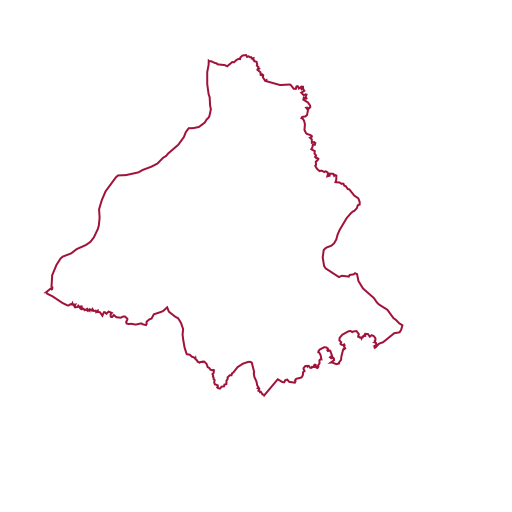 the district of Sumba Tengah, Nusa Tenggara Timur, Indonesia, rotated 309°
{"feature_id": "22746128B11743482298506", "entity_name": "Sumba Tengah", "entity_type": "district", "adm_level": 2, "iso_a3": "IDN", "parent_name": "Indonesia", "parent_adm1": "Nusa Tenggara Timur", "projection": "albers", "projection_center": [119.662, -9.594], "detail": "fine", "context": "isolated", "style": "outline", "palette": "rose", "viewbox_px": 512, "rotation_deg": 309, "n_neighbors": 0, "source": "geoboundaries", "source_scale": "gbopen_adm2", "svg_char_len": 6152}
<svg xmlns="http://www.w3.org/2000/svg" viewBox="0 0 512 512"><g transform="rotate(309 256 256)"><path d="M175.6,357.4L177.9,356.9L179.6,358.0L179.1,361.1L182.0,365.9L183.6,365.5L183.9,364.6L185.8,364.5L190.1,367.7L191.4,367.7L193.0,367.3L195.4,365.7L197.2,366.1L198.1,364.0L199.0,363.5L201.5,363.6L202.5,364.6L202.4,365.4L203.0,365.2L203.8,366.1L203.2,368.4L203.9,369.4L205.1,369.5L205.1,370.6L205.4,369.8L206.3,371.0L207.6,369.9L208.6,370.1L208.9,370.8L207.7,371.5L207.2,373.1L207.5,373.9L208.2,373.3L208.2,374.2L209.2,374.2L209.9,373.2L212.6,372.9L214.9,370.9L216.2,371.1L216.8,371.9L219.7,368.5L220.7,365.9L220.4,365.0L221.5,364.4L223.4,364.4L228.0,366.4L229.2,368.2L229.3,370.1L228.8,370.9L227.7,370.7L227.4,371.7L229.0,372.9L229.0,373.5L226.3,377.9L223.9,377.3L223.9,378.9L224.6,379.5L225.2,379.3L225.6,379.9L225.3,381.1L224.2,382.2L220.3,381.2L221.1,382.0L222.6,386.7L224.7,388.1L225.0,387.6L229.0,387.4L231.6,385.6L237.9,382.7L239.0,383.2L239.3,382.6L240.4,383.3L241.2,381.2L242.3,381.1L242.8,380.2L241.7,379.7L240.8,378.3L240.9,376.9L242.6,376.5L242.9,373.9L245.0,372.5L249.1,372.6L255.6,375.2L257.2,376.6L257.4,378.7L258.3,378.9L260.9,381.4L260.0,385.1L257.3,386.1L256.9,385.8L258.1,387.0L258.0,388.2L258.8,388.7L258.3,389.8L259.2,389.5L259.9,390.2L261.0,389.7L262.1,390.7L262.3,390.0L263.4,390.0L263.4,390.6L264.3,389.9L265.8,392.2L264.9,395.2L267.2,395.7L267.9,397.8L267.3,400.4L266.1,401.6L264.9,401.6L264.0,403.2L263.6,402.9L263.9,404.0L263.4,404.8L262.5,405.5L261.8,405.2L261.8,405.8L260.6,405.0L260.7,406.0L258.5,405.9L260.7,406.5L265.3,406.8L268.9,409.0L283.0,412.0L287.0,415.6L290.1,415.2L294.3,413.4L293.8,409.7L294.4,405.0L294.2,402.0L296.9,391.9L295.7,382.1L296.0,379.1L297.5,374.2L298.1,359.6L301.0,351.4L305.5,345.9L304.9,343.8L303.1,343.4L300.2,340.7L298.4,341.1L294.7,335.2L291.8,333.7L290.2,318.1L291.1,315.2L296.9,308.7L303.4,304.8L306.6,305.3L311.5,308.1L315.0,308.7L319.4,308.0L324.1,305.9L328.9,304.6L342.5,302.6L348.5,302.8L351.4,303.2L352.8,304.0L356.5,304.3L359.5,303.2L361.2,304.2L363.3,302.5L365.2,299.2L364.8,294.3L366.5,286.6L365.8,285.3L366.7,281.9L366.2,280.3L367.1,278.7L367.0,277.9L365.9,277.1L365.7,274.7L363.4,271.3L365.9,270.3L369.1,267.8L368.7,266.5L367.5,266.3L368.5,264.4L366.4,261.4L365.8,260.9L365.0,261.4L365.3,262.3L364.8,262.7L362.8,261.3L365.3,260.2L366.0,259.0L365.7,256.9L364.3,256.3L363.6,253.2L362.0,252.0L362.1,248.8L363.1,245.8L363.5,245.2L364.6,245.3L367.0,243.1L369.0,243.6L370.7,243.4L370.7,242.0L370.0,241.3L370.5,240.8L370.2,239.6L372.0,239.3L372.4,237.0L374.5,235.7L373.8,231.8L376.1,231.4L378.1,230.2L378.7,230.3L379.4,231.7L381.1,231.0L381.1,229.4L379.2,228.1L381.8,225.9L381.9,223.5L383.8,224.3L384.3,224.0L384.3,222.5L382.9,218.6L383.1,217.2L384.5,214.3L389.2,211.1L391.3,208.3L392.1,206.1L391.7,204.6L393.2,204.4L395.6,206.6L397.8,206.9L402.2,204.5L402.8,201.8L403.6,202.5L403.8,204.3L405.9,204.5L407.0,203.2L408.0,199.8L407.3,194.4L409.1,193.5L409.7,195.9L410.2,196.1L410.9,194.4L413.2,193.7L412.8,192.8L411.0,191.8L411.4,188.4L414.8,189.6L415.3,187.8L416.4,186.7L414.4,186.4L414.8,185.7L416.7,185.3L416.4,184.8L413.2,183.9L414.2,181.9L413.8,181.0L413.0,180.8L411.0,181.8L409.7,180.0L410.7,175.8L410.6,174.4L404.0,167.1L398.4,154.1L399.2,153.4L397.9,152.9L399.2,148.9L401.1,147.8L401.0,146.4L399.9,146.4L399.6,145.7L401.6,143.8L401.6,140.1L403.3,140.5L403.0,139.5L404.4,139.1L404.5,136.8L405.6,136.4L407.3,134.2L406.3,132.1L407.0,131.4L406.8,130.3L408.2,129.5L406.8,128.4L407.5,127.2L406.7,126.3L406.5,124.5L405.1,123.8L405.9,121.8L403.2,119.3L400.4,118.9L399.0,119.7L398.2,118.4L396.2,117.5L392.7,117.0L391.8,115.5L385.3,114.2L384.7,111.6L380.7,105.4L381.0,104.3L380.1,102.5L379.1,98.4L378.0,97.5L378.0,96.4L374.7,98.9L368.3,102.3L358.8,110.0L351.8,117.5L350.2,120.1L344.0,125.7L341.6,128.6L335.5,131.7L333.4,132.1L331.2,131.7L327.3,132.2L320.3,130.4L315.8,126.7L313.0,123.3L308.1,123.5L303.0,125.1L293.6,125.6L280.2,123.2L277.3,123.2L273.9,122.0L265.7,121.2L259.4,118.4L251.6,113.8L247.0,112.0L237.0,104.0L231.8,98.1L229.0,97.6L211.6,98.4L202.4,101.0L193.6,104.6L187.3,110.4L180.7,114.7L177.4,116.1L168.4,118.3L162.7,118.4L157.5,116.9L148.5,112.3L141.7,110.7L133.9,106.2L131.0,105.7L123.7,106.5L112.8,109.7L103.6,116.3L103.5,117.5L102.0,118.4L101.5,118.3L101.4,116.9L95.6,115.7L95.9,116.1L95.3,117.4L96.6,123.2L97.7,135.1L98.9,140.4L99.6,141.5L102.0,142.3L102.3,143.3L103.6,143.1L103.0,143.8L103.7,144.9L103.0,145.0L103.0,145.7L104.2,146.3L102.5,146.8L102.2,147.6L104.1,149.4L105.5,149.2L104.9,151.8L106.1,151.2L107.1,152.2L106.7,152.7L106.3,152.1L104.9,153.1L105.0,154.2L106.1,154.5L106.5,155.2L106.0,156.9L108.4,158.0L107.5,158.7L107.5,159.6L108.4,159.3L108.6,160.8L109.3,160.0L109.9,160.1L110.3,162.8L111.8,162.3L111.2,164.4L112.6,165.9L111.8,167.1L113.9,167.5L113.0,168.4L114.1,170.1L112.9,174.2L116.6,173.2L117.2,173.8L117.0,176.1L120.1,176.5L121.0,179.8L119.1,179.8L117.7,180.9L117.4,181.8L118.3,182.7L120.6,182.6L120.6,186.2L123.0,189.8L125.3,190.8L126.5,192.2L126.3,195.5L125.5,196.1L123.0,196.6L122.1,197.9L123.0,199.9L124.8,201.7L127.0,205.7L131.5,209.3L131.5,210.6L133.1,214.0L134.3,213.8L136.1,212.3L140.0,213.1L141.6,214.2L146.4,213.3L153.4,217.8L155.5,218.6L160.2,219.3L157.9,223.3L158.0,231.6L158.6,234.7L156.8,239.8L153.3,245.4L148.8,248.3L145.4,251.8L139.9,258.1L136.3,263.6L136.2,264.2L137.6,266.6L137.4,269.7L138.1,271.3L138.0,273.5L138.4,273.4L137.7,274.2L137.8,276.1L137.1,276.9L137.6,279.3L138.6,279.4L140.0,281.3L140.4,281.0L141.4,282.3L141.0,285.6L139.2,288.4L139.6,290.2L139.0,291.9L139.5,293.7L140.5,294.3L140.8,295.2L138.3,296.7L136.8,296.5L136.1,298.0L135.1,298.5L134.9,299.5L133.7,300.5L133.5,302.0L131.5,303.0L130.4,304.7L131.4,307.6L130.7,308.4L129.5,308.5L129.4,309.5L130.2,311.4L132.8,311.5L134.6,313.2L136.2,312.4L137.8,313.6L140.6,311.5L142.5,311.4L143.8,310.3L146.9,310.7L147.9,312.0L149.8,311.2L151.2,311.7L158.0,311.6L164.1,313.6L168.8,316.6L170.3,318.4L170.4,319.9L164.6,327.7L163.5,328.0L161.1,330.7L158.7,335.4L156.2,338.4L155.4,340.8L154.4,340.6L154.8,342.1L152.8,342.7L153.3,344.4L152.9,344.7L153.5,345.1L152.5,348.2L153.2,349.6L152.9,350.1L173.9,350.5L174.6,355.7L175.6,357.4Z" fill="none" stroke="#9f1239" stroke-width="2"/></g></svg>